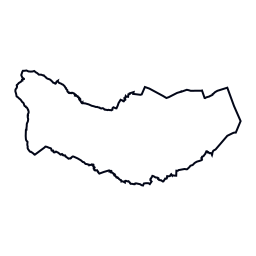 the district of Cleja, Bacau, Romania
{"feature_id": "2599482B76086213180522", "entity_name": "Cleja", "entity_type": "district", "adm_level": 2, "iso_a3": "ROU", "parent_name": "Romania", "parent_adm1": "Bacau", "projection": "robinson", "projection_center": [26.881, 46.398], "detail": "fine", "context": "isolated", "style": "outline", "palette": "ink", "viewbox_px": 256, "rotation_deg": 0, "n_neighbors": 0, "source": "geoboundaries", "source_scale": "gbopen_adm2", "svg_char_len": 5652}
<svg xmlns="http://www.w3.org/2000/svg" viewBox="0 0 256 256"><path d="M240.6,121.1L234.0,106.0L227.3,87.7L217.4,90.8L215.1,92.1L213.9,93.2L213.7,93.5L212.6,94.2L212.6,94.7L211.7,95.3L210.4,95.8L209.3,96.5L206.8,97.2L206.0,97.5L205.1,98.1L204.6,98.0L202.0,90.5L201.3,90.7L190.7,90.8L188.7,90.2L186.8,89.8L181.4,91.7L181.3,91.4L181.0,91.5L180.1,92.0L177.1,92.9L168.7,97.2L166.4,98.0L163.1,96.0L149.4,88.6L144.9,87.0L141.7,94.4L140.4,94.8L133.2,93.9L133.6,92.1L129.5,93.4L129.4,93.7L129.5,94.1L128.4,94.3L128.1,96.8L126.3,96.6L126.0,96.3L126.0,96.7L125.5,96.6L125.4,97.1L125.1,97.9L124.6,98.1L125.0,98.6L124.7,98.9L124.9,99.1L124.8,99.4L125.2,99.8L124.7,100.2L124.2,100.4L124.2,100.7L123.8,101.3L123.4,101.3L121.9,100.2L121.2,100.1L120.6,99.8L118.5,103.2L117.8,105.4L116.5,108.3L115.9,108.3L113.4,107.3L112.6,108.1L112.3,109.3L112.4,109.7L111.5,110.3L109.8,110.0L109.2,110.1L108.5,109.8L107.4,110.1L106.9,109.9L106.1,109.9L105.5,109.6L104.9,109.7L104.4,109.5L104.1,109.1L103.3,108.4L102.3,108.2L101.3,108.5L100.0,108.1L99.6,107.6L98.3,107.4L97.2,106.9L96.0,107.0L93.6,106.2L91.8,105.8L88.7,104.4L84.9,103.3L84.2,103.4L83.1,103.1L82.7,103.2L82.6,102.5L82.2,103.0L81.8,103.0L81.5,102.6L81.6,102.2L81.1,102.0L80.3,100.5L79.8,100.3L79.9,99.6L80.3,99.3L80.3,99.1L80.1,98.9L79.0,98.8L79.0,98.6L79.3,97.9L78.7,97.3L78.0,97.2L77.6,96.8L77.7,96.3L76.6,95.8L76.0,95.9L75.2,95.7L75.6,95.0L75.1,94.9L75.2,94.6L75.2,94.4L74.5,94.0L74.4,93.7L74.1,93.5L73.8,93.6L72.7,92.8L71.8,92.9L71.6,92.8L71.4,92.8L71.3,93.1L71.2,93.2L69.8,92.9L69.4,93.1L68.9,93.0L68.6,92.7L68.6,92.2L67.9,92.0L67.4,91.4L67.3,90.1L66.3,89.2L66.1,88.8L66.1,88.2L65.4,87.7L64.8,86.5L64.2,85.8L62.9,84.6L62.1,84.3L61.0,83.6L59.1,82.9L57.8,81.5L57.7,81.2L57.8,80.8L56.7,81.5L56.2,82.3L55.9,83.3L55.6,83.6L55.3,83.7L54.3,83.0L53.2,82.7L52.5,81.8L50.5,79.9L49.7,79.4L47.3,78.6L46.8,78.2L46.1,77.7L45.6,77.0L44.2,76.0L43.9,75.4L43.7,75.3L43.0,75.4L41.3,74.7L38.8,74.6L37.8,73.6L36.9,72.9L36.2,72.6L34.2,71.0L32.5,71.5L30.7,71.6L28.4,71.4L26.5,70.5L24.3,70.8L22.9,70.8L22.4,71.6L22.1,72.5L21.3,74.9L21.3,75.3L22.2,77.3L23.4,78.5L23.9,78.7L23.9,79.1L22.1,79.6L22.3,80.6L21.7,80.7L21.3,81.4L20.8,81.8L18.8,83.0L17.6,84.4L16.8,85.0L16.7,85.6L17.0,86.3L17.0,86.9L16.5,88.2L15.6,89.3L15.4,90.1L15.4,91.5L16.1,93.8L16.6,96.4L18.2,97.5L18.9,98.3L20.2,99.3L21.0,100.2L22.1,101.9L23.3,102.8L23.7,103.5L24.4,105.7L24.9,106.2L25.7,106.4L26.0,107.2L26.9,107.6L27.1,108.0L27.3,108.2L27.9,109.5L28.1,109.7L28.1,110.2L28.3,110.4L28.6,111.5L28.6,112.8L27.9,114.2L28.0,115.3L27.7,115.4L27.7,115.7L28.0,115.7L28.0,115.9L27.7,117.1L27.9,117.9L28.0,118.1L28.0,118.7L28.2,119.0L28.1,119.9L27.8,121.6L27.2,122.8L26.8,124.0L26.7,126.5L26.5,127.9L26.5,129.6L26.0,129.6L25.9,129.9L25.7,136.0L25.9,139.0L26.1,140.0L26.7,141.0L27.4,141.6L27.5,141.9L27.3,144.6L27.4,145.3L27.7,146.5L27.6,148.0L28.1,149.2L29.8,151.5L30.4,151.8L30.9,151.8L31.0,152.0L31.6,152.2L33.5,153.6L33.9,154.1L34.6,154.2L34.6,154.6L34.8,154.7L44.4,147.6L45.4,146.6L46.7,146.8L49.1,147.8L50.8,148.3L51.1,148.6L51.6,150.5L52.0,150.7L53.1,150.5L53.3,150.7L53.3,151.7L54.0,152.4L54.8,152.4L55.6,151.7L56.3,151.7L57.5,152.4L58.1,152.6L60.5,154.6L62.0,154.0L62.4,154.3L62.5,154.9L63.1,155.0L63.2,155.3L63.6,155.4L64.9,155.4L64.9,155.7L65.4,156.0L65.5,156.4L65.9,156.5L66.2,157.0L67.5,157.8L68.1,158.4L68.7,158.7L69.1,158.4L70.5,158.5L71.0,158.1L71.0,157.8L72.6,156.5L73.4,156.5L77.6,158.4L81.0,160.4L82.8,162.0L83.8,162.1L85.5,163.9L87.3,164.2L88.0,164.5L88.7,164.5L89.1,165.3L89.6,165.1L91.1,164.8L91.6,164.4L93.4,164.6L93.5,164.8L93.5,165.7L93.4,165.9L92.9,165.8L94.4,167.2L93.7,167.6L93.6,168.0L93.7,168.5L94.2,168.5L94.3,168.9L94.2,169.3L94.4,170.1L95.2,170.5L95.7,170.2L96.7,170.4L97.1,170.3L97.7,171.6L98.0,171.5L98.2,171.8L98.7,173.0L99.3,173.6L104.0,171.9L109.1,170.4L109.5,170.6L109.7,171.2L109.6,171.7L109.8,171.7L110.9,170.9L111.2,170.9L111.4,171.1L111.2,171.7L111.1,172.3L111.4,172.3L111.7,172.6L112.2,172.6L114.5,174.2L114.2,174.4L114.4,174.7L114.2,174.8L114.3,174.9L114.2,175.0L114.3,175.3L114.9,175.3L115.0,175.8L115.4,176.0L115.7,176.4L116.7,177.0L116.6,177.3L117.4,177.4L117.4,177.5L117.5,177.9L117.9,177.8L118.8,178.6L119.0,179.0L120.4,180.0L120.9,180.1L120.9,180.5L121.5,181.1L121.5,181.5L122.5,181.3L122.9,181.4L124.9,182.5L125.0,181.1L125.2,180.9L125.9,180.8L127.4,181.4L128.5,181.2L128.7,181.6L129.8,182.5L129.9,182.9L130.6,183.8L131.9,183.8L133.9,184.2L134.3,183.9L134.6,184.2L134.8,184.2L135.6,183.4L136.3,183.4L140.1,184.2L141.6,185.2L142.6,185.4L143.0,185.5L143.9,183.5L144.4,183.4L146.0,183.2L148.2,183.2L148.8,183.4L149.8,184.1L151.6,181.5L150.4,180.2L150.4,179.3L150.5,178.9L150.9,178.8L151.4,177.6L152.3,176.5L152.4,175.9L152.7,175.9L154.1,176.5L155.1,177.2L156.1,177.6L156.8,177.5L157.8,177.8L158.1,178.0L157.9,178.3L158.0,179.0L158.6,179.5L158.7,179.3L158.9,179.3L159.1,179.7L160.2,180.3L161.0,180.2L162.8,181.5L163.4,181.4L165.2,178.6L165.5,178.8L165.8,178.8L166.7,178.5L167.1,177.5L167.0,176.8L167.2,176.1L168.1,176.3L169.8,176.1L170.1,175.9L170.7,174.7L171.2,174.2L172.3,175.8L172.7,175.3L174.3,175.6L176.2,175.7L176.4,170.7L177.5,170.8L177.9,170.7L178.6,170.1L184.5,169.0L186.7,169.3L187.2,169.2L189.3,167.2L190.4,165.8L191.3,165.4L192.5,165.1L192.9,164.8L194.3,163.3L195.2,162.6L197.0,161.6L199.5,160.9L201.7,160.1L202.0,159.7L201.4,158.2L201.9,158.0L201.9,157.4L202.1,156.7L202.8,156.5L203.8,155.8L204.0,155.4L205.5,153.5L205.5,153.2L206.4,151.3L207.1,151.4L207.2,151.8L207.7,152.4L208.3,152.1L209.4,153.2L210.3,153.0L211.2,153.2L212.0,155.0L212.2,154.3L212.4,152.7L213.2,150.9L213.6,150.5L215.5,149.5L215.8,149.2L227.3,135.8L232.8,133.1L234.2,132.6L235.8,132.6L240.6,121.1Z" fill="none" stroke="#020617" stroke-width="2"/></svg>